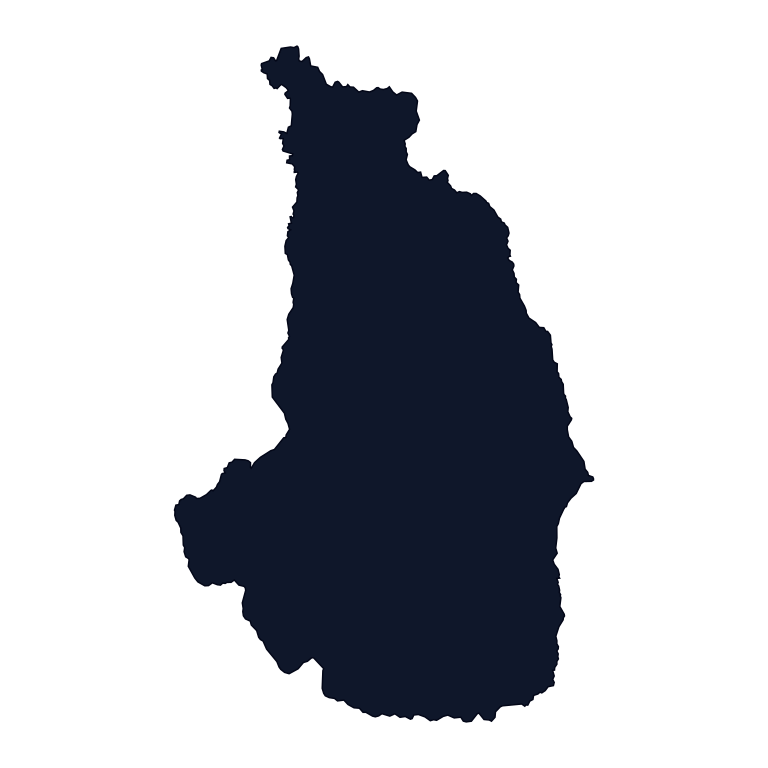 the district of San Lorenzo, Nariño, Colombia
{"feature_id": "7082276B92699344699207", "entity_name": "San Lorenzo", "entity_type": "district", "adm_level": 2, "iso_a3": "COL", "parent_name": "Colombia", "parent_adm1": "Nariño", "projection": "robinson", "projection_center": [-77.226, 1.559], "detail": "fine", "context": "isolated", "style": "filled", "palette": "ink", "viewbox_px": 768, "rotation_deg": 0, "n_neighbors": 0, "source": "geoboundaries", "source_scale": "gbopen_adm2", "svg_char_len": 6059}
<svg xmlns="http://www.w3.org/2000/svg" viewBox="0 0 768 768"><path d="M261.3,70.0L261.4,71.1L263.7,72.7L267.2,74.0L267.5,78.6L269.6,80.4L270.0,84.4L272.2,85.8L274.1,88.4L276.2,87.9L277.1,88.6L280.6,84.9L281.8,84.5L286.1,87.6L288.1,90.0L287.8,91.1L285.1,93.2L284.9,94.4L287.6,98.4L290.0,98.1L290.4,98.7L290.2,105.9L289.5,108.0L292.0,111.3L292.3,114.1L291.3,125.8L288.4,127.2L286.8,133.4L283.8,131.9L279.3,131.2L279.0,132.5L281.5,134.1L279.5,138.1L280.2,138.7L283.3,138.5L282.6,143.4L284.0,145.9L282.4,149.5L283.1,151.0L292.8,153.9L292.3,155.7L289.5,156.0L289.6,159.7L287.1,160.2L286.7,162.8L292.2,163.9L294.7,166.8L294.3,169.4L295.0,171.3L294.3,171.4L294.3,172.4L297.3,172.1L298.2,173.1L296.4,176.6L295.7,179.6L296.4,184.3L295.6,186.9L298.1,189.3L298.4,190.5L297.3,192.5L297.9,195.6L297.1,197.8L296.9,202.0L292.5,207.1L294.0,210.9L293.1,214.1L293.9,215.1L293.7,217.5L292.5,217.9L291.2,216.5L290.1,216.8L291.4,223.2L288.6,223.8L289.1,225.6L287.6,227.5L288.0,228.6L290.6,229.9L287.9,231.7L287.4,235.8L288.7,237.6L286.2,240.5L284.9,246.2L285.3,253.4L287.4,254.6L288.4,259.9L290.1,262.3L290.3,264.4L291.7,265.8L294.2,275.2L292.8,283.4L291.1,288.7L291.5,293.7L292.6,297.3L293.8,298.1L293.1,302.3L293.7,304.5L293.2,307.6L288.8,314.2L287.2,319.5L288.8,330.4L287.9,333.0L289.5,336.3L288.5,337.9L288.9,339.2L282.2,347.0L282.2,348.4L283.0,349.1L283.3,350.6L281.2,357.4L281.9,363.1L278.1,369.1L277.2,373.0L275.5,374.1L273.8,376.8L273.0,382.7L271.9,384.8L272.3,397.1L284.4,413.2L285.8,419.2L288.0,423.4L289.6,429.3L286.2,434.9L285.8,437.5L283.7,437.8L274.4,449.5L270.8,450.7L260.4,457.3L254.5,462.7L251.3,468.3L250.5,467.5L250.5,462.6L248.2,460.8L245.1,459.9L234.6,459.3L232.0,462.2L229.2,462.8L227.3,467.6L224.2,468.5L224.0,470.6L225.2,472.9L222.2,473.6L221.4,474.6L219.6,481.7L217.5,484.4L216.4,487.2L213.0,490.9L211.9,490.0L210.9,490.4L206.5,494.6L200.0,498.3L196.5,498.5L195.6,497.2L190.0,494.9L186.7,495.3L183.4,498.8L181.1,499.5L179.6,500.9L178.8,504.6L175.9,505.1L174.5,510.1L175.0,511.5L174.8,515.4L176.2,520.4L178.1,522.2L180.8,528.1L180.9,532.4L183.0,535.8L183.3,545.1L184.7,547.5L184.1,551.7L185.7,556.8L188.6,558.6L189.1,559.8L188.3,566.3L194.8,578.0L197.9,581.9L204.8,585.8L208.5,585.6L212.4,582.8L217.3,584.7L220.5,585.1L222.7,583.1L225.2,583.4L226.9,582.4L231.1,582.3L234.3,580.0L238.9,585.1L243.9,586.3L245.2,587.6L245.7,590.3L242.3,602.9L243.2,608.5L242.8,611.6L243.4,615.8L245.5,618.9L250.3,621.1L251.3,625.0L256.7,630.6L258.7,637.3L260.4,639.5L263.1,641.1L266.6,649.1L276.9,661.6L279.1,667.1L280.8,669.4L284.6,672.4L289.1,673.7L298.1,668.8L303.4,662.5L307.4,661.3L311.8,657.7L313.7,657.9L323.7,668.6L322.9,670.6L322.2,688.3L323.7,693.3L325.3,695.8L329.2,697.6L334.5,698.4L337.5,700.9L343.9,700.1L348.0,704.5L354.0,707.8L359.4,708.2L363.0,712.3L365.9,712.3L372.5,716.1L375.3,716.8L378.7,715.9L381.9,713.7L389.8,716.1L394.9,713.8L400.0,717.3L405.3,716.5L410.4,719.2L412.1,718.6L413.8,715.0L418.4,714.5L425.0,716.9L430.3,720.7L433.6,719.7L436.6,720.3L443.2,716.4L447.8,715.1L454.2,717.9L460.8,717.2L463.3,721.1L466.2,721.9L471.4,721.2L477.3,713.7L478.9,713.1L484.0,719.5L489.3,720.0L491.5,721.2L495.0,717.3L495.5,711.8L500.3,706.8L502.5,705.8L521.7,704.0L524.8,706.2L525.8,705.0L527.8,705.1L529.8,701.1L532.9,699.5L533.6,695.4L537.9,694.0L539.9,692.2L541.8,692.9L545.2,690.6L548.1,686.7L553.4,685.6L554.2,682.4L552.7,679.4L554.2,676.0L552.6,670.3L554.5,670.1L554.7,667.5L556.9,664.2L556.8,661.5L558.4,658.9L557.8,656.6L558.2,653.9L556.8,650.9L558.2,648.9L558.4,646.6L556.8,643.8L556.9,640.8L555.8,636.3L558.9,626.7L563.1,619.9L563.4,617.7L564.5,616.0L564.2,614.2L559.8,606.5L560.9,597.7L560.2,595.9L560.6,594.7L559.3,592.4L559.6,590.2L558.7,586.0L557.5,584.3L558.2,582.4L556.8,578.4L559.6,578.1L558.8,576.8L559.3,574.6L558.0,569.3L554.2,564.2L552.7,559.9L557.2,553.2L555.7,548.1L556.9,538.0L556.8,526.5L558.3,523.7L559.5,518.1L563.7,509.2L565.0,507.1L566.4,506.6L567.5,502.8L571.0,498.2L576.2,493.5L581.0,483.7L583.9,481.5L591.5,481.3L593.5,480.0L593.5,478.7L592.8,477.0L588.4,475.4L587.7,472.3L585.1,469.1L583.9,461.4L576.8,450.9L573.5,447.4L571.8,441.3L568.6,436.9L567.3,429.8L567.3,426.2L571.4,419.8L571.7,418.3L570.1,416.8L567.8,411.7L568.2,407.5L566.2,399.4L565.4,398.2L565.5,396.1L563.9,394.4L563.6,392.8L563.2,384.2L561.6,381.6L561.2,379.4L558.9,377.3L558.6,373.5L557.1,371.7L557.3,363.8L554.3,362.3L552.7,359.9L552.0,349.0L551.2,346.5L551.9,344.6L551.0,342.9L550.4,335.2L547.6,331.4L545.9,331.4L543.8,327.7L539.3,327.4L535.7,322.6L528.9,318.0L526.3,313.2L526.1,310.3L524.4,306.0L519.9,298.1L519.6,294.5L518.1,292.1L518.7,285.0L516.1,282.6L516.4,279.2L514.3,277.0L514.0,273.3L512.3,269.9L513.9,266.0L513.7,264.1L512.3,262.1L509.2,260.4L507.7,258.0L508.8,256.6L510.4,256.2L509.9,254.9L510.2,250.2L508.1,248.4L506.5,244.8L508.0,241.2L506.6,237.9L508.2,235.8L509.0,233.1L507.7,227.4L505.0,224.9L504.3,223.1L501.4,221.8L500.7,219.1L497.8,217.0L493.9,210.0L489.8,206.6L488.6,203.3L486.6,202.5L486.0,201.1L480.3,196.0L476.2,193.5L473.6,193.5L471.3,195.5L470.4,193.8L466.7,192.2L462.1,192.4L459.4,191.6L456.8,192.8L454.5,190.0L451.6,188.5L450.6,185.9L447.2,182.2L448.0,180.7L447.5,178.4L448.3,175.3L445.2,170.6L443.6,170.5L436.8,175.7L434.2,175.9L432.3,179.5L429.3,180.2L426.7,177.1L422.0,177.4L420.6,172.1L417.6,172.5L415.1,170.0L409.7,166.7L408.2,164.8L406.1,159.8L407.4,154.4L406.2,151.9L406.2,148.4L404.9,146.4L405.2,143.9L404.1,140.3L408.9,137.3L412.2,133.8L415.8,131.6L417.0,124.6L419.4,120.1L416.2,111.1L417.5,101.0L415.5,97.4L411.6,93.3L402.1,92.1L396.6,95.0L392.8,91.9L389.3,86.8L387.3,88.5L383.5,89.5L380.3,89.1L378.1,87.6L376.6,87.8L373.5,90.4L369.5,92.0L362.4,90.7L358.8,92.1L353.5,87.2L350.0,87.0L347.8,84.6L346.5,86.6L342.6,86.9L338.8,82.1L337.6,81.4L335.2,82.2L332.6,87.1L330.7,86.7L326.3,84.2L322.6,74.5L319.5,71.4L317.7,67.3L310.7,65.9L309.4,58.7L308.5,56.9L306.2,57.6L302.0,61.5L299.4,61.0L298.6,59.1L299.1,56.2L298.6,49.0L297.8,46.7L297.0,46.1L294.0,47.6L290.5,47.0L281.2,48.4L276.6,60.6L275.5,60.8L273.6,57.8L271.1,57.4L269.2,60.9L261.6,63.6L261.2,65.1L262.3,69.5L261.3,70.0Z" fill="#0f172a" stroke="#020617" stroke-width="1.5"/></svg>